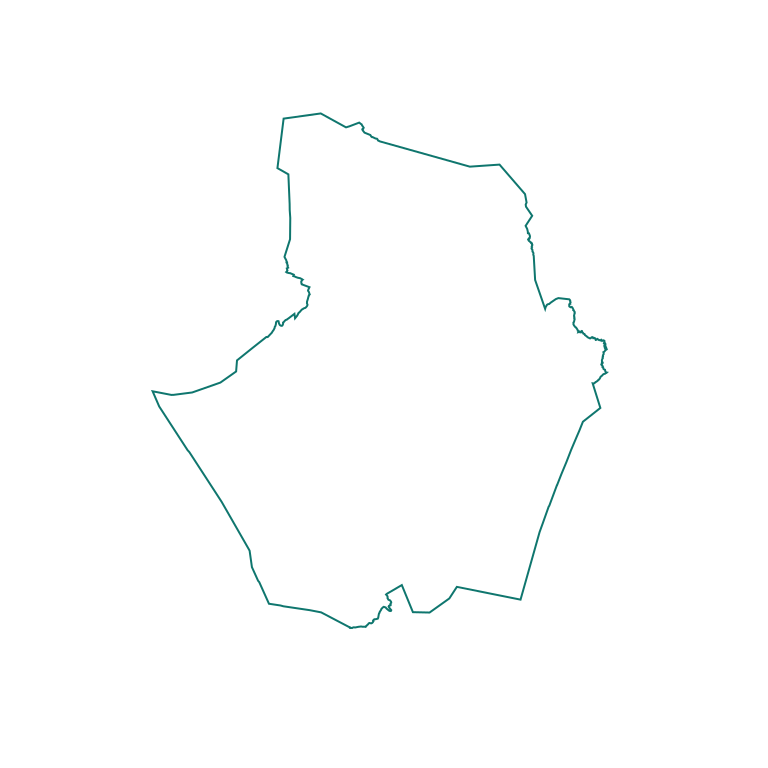 Oppdal nor, Sør-Trøndelag, Norway, rotated 36°
{"feature_id": "86288312B17793327792400", "entity_name": "Oppdal nor", "entity_type": "district", "adm_level": 2, "iso_a3": "NOR", "parent_name": "Norway", "parent_adm1": "Sør-Trøndelag", "projection": "orthographic", "projection_center": [9.674, 62.536], "detail": "fine", "context": "isolated", "style": "outline", "palette": "teal", "viewbox_px": 768, "rotation_deg": 36, "n_neighbors": 0, "source": "geoboundaries", "source_scale": "gbopen_adm2", "svg_char_len": 6105}
<svg xmlns="http://www.w3.org/2000/svg" viewBox="0 0 768 768"><g transform="rotate(36 384 384)"><path d="M621.2,478.2L596.9,412.3L594.3,403.3L589.3,386.4L589.3,385.4L583.4,364.3L583.5,364.2L580.5,352.7L577.5,340.1L574.1,327.2L571.0,313.8L569.5,307.1L567.1,297.6L573.1,276.2L552.4,260.8L553.5,260.2L554.0,258.7L554.0,258.1L554.4,257.5L555.0,255.6L555.0,254.5L555.4,253.9L555.3,252.7L555.3,252.3L555.0,251.0L555.2,249.9L555.5,249.1L555.6,247.6L556.0,246.7L556.8,245.7L557.0,244.9L557.4,244.3L557.5,243.8L556.9,244.1L555.7,243.7L554.4,242.6L553.0,242.9L552.3,242.5L551.4,241.6L550.7,241.8L550.4,241.1L550.2,240.9L548.4,240.6L548.3,240.3L548.5,240.0L548.6,239.5L548.5,238.3L548.2,238.1L547.7,238.6L547.2,237.7L546.7,237.2L546.3,236.6L545.9,235.4L545.8,234.4L545.0,233.8L545.0,233.5L545.1,233.1L545.0,232.9L544.2,232.1L544.2,230.9L543.4,229.7L542.8,229.3L543.1,228.7L543.2,228.3L543.3,227.0L543.3,226.3L543.8,225.2L543.8,224.9L543.3,224.8L543.1,225.0L542.7,225.8L542.4,225.6L542.6,224.9L542.5,224.6L542.1,224.7L541.8,225.1L541.5,225.0L541.6,224.8L542.2,224.3L542.3,224.0L542.2,223.8L541.7,223.7L541.3,224.2L541.1,224.1L540.8,223.1L540.5,223.0L540.4,223.1L540.1,223.6L539.8,223.7L539.7,223.5L539.8,223.0L540.2,222.5L539.7,221.5L539.3,221.4L538.9,221.9L538.7,222.0L538.0,221.9L537.9,221.6L538.0,221.4L538.5,221.3L538.5,221.1L538.1,220.6L537.4,220.3L537.1,219.7L536.9,219.5L536.0,219.6L535.2,220.6L535.1,220.9L533.8,220.4L533.7,220.5L533.7,220.8L534.0,221.1L534.0,221.3L533.4,221.6L532.7,221.7L532.1,222.1L530.2,222.1L530.0,222.9L529.6,223.7L529.4,223.9L528.9,223.7L528.7,223.1L528.2,222.9L526.9,223.2L526.7,223.7L526.3,224.0L525.6,223.5L525.2,223.5L524.5,224.2L524.3,225.5L523.9,226.0L523.6,226.1L521.2,226.5L520.1,226.3L517.8,226.3L516.8,225.7L515.8,226.1L515.1,225.7L514.1,225.6L513.1,224.8L512.8,224.9L512.7,225.3L513.0,226.0L513.1,226.3L512.9,226.5L512.4,226.9L511.6,226.7L510.7,227.9L510.5,227.3L510.7,227.1L510.9,226.7L509.4,227.0L508.8,226.4L507.5,225.9L506.9,225.8L506.4,225.4L505.2,225.5L503.2,224.9L502.1,224.3L501.7,223.6L501.1,222.9L501.2,222.0L500.7,221.0L500.5,220.4L500.2,220.0L500.2,219.6L500.0,219.3L499.2,219.0L499.1,218.8L499.0,218.3L498.5,218.0L498.5,217.8L498.1,217.4L497.7,217.2L497.4,216.6L497.3,216.2L497.0,215.7L496.8,215.1L496.7,215.0L496.7,214.6L496.0,214.0L496.0,213.7L494.1,212.9L493.8,213.0L493.6,212.5L492.1,211.8L491.7,211.5L490.6,211.3L490.1,212.1L489.8,212.1L489.4,212.3L488.3,212.3L487.4,211.2L487.2,210.8L487.1,210.7L487.2,210.4L487.1,210.2L487.3,209.9L487.2,209.7L487.4,209.6L487.1,209.3L487.1,209.1L487.1,208.9L487.0,208.7L486.9,208.2L486.1,207.8L485.9,207.3L485.3,207.1L484.9,206.7L484.1,206.6L474.6,212.0L473.1,214.3L471.0,220.3L470.6,222.2L469.8,223.0L469.3,224.1L469.6,226.9L470.2,228.5L445.1,211.0L429.8,192.3L428.8,191.7L428.0,190.3L426.7,189.6L426.3,189.6L425.2,188.2L423.9,187.8L423.9,187.5L423.5,187.2L423.4,186.8L423.3,186.7L423.3,186.2L422.7,186.0L422.4,185.1L422.4,184.5L422.1,184.1L421.5,184.0L421.2,183.5L421.1,183.3L420.3,183.1L420.0,183.4L419.6,183.1L419.0,183.2L418.2,183.0L417.0,183.0L416.7,182.9L416.0,182.4L415.7,182.4L415.6,182.0L415.8,181.6L415.6,181.0L415.8,180.8L416.2,180.9L416.2,180.5L415.5,179.0L414.7,178.2L412.7,176.9L411.8,177.4L410.7,176.1L408.7,174.4L405.6,172.8L405.0,160.8L394.7,157.1L393.2,155.6L392.9,154.5L392.7,153.4L386.5,147.5L348.5,138.6L325.7,157.7L238.2,190.1L236.0,190.5L234.7,189.8L234.2,189.7L232.8,190.4L229.9,190.9L229.4,191.0L229.2,191.3L228.3,191.3L226.6,190.6L220.5,192.1L217.7,191.3L216.8,190.8L216.7,190.3L217.2,189.8L216.9,188.6L214.1,187.6L213.3,187.1L212.5,187.2L210.3,187.1L204.6,195.8L202.4,198.7L173.8,202.3L146.8,228.3L170.9,272.0L183.4,270.6L201.9,293.9L205.4,298.6L210.6,304.8L222.9,322.1L228.7,339.5L229.0,339.8L232.3,341.4L233.0,342.1L233.9,342.4L233.8,343.1L234.3,343.3L234.7,343.3L235.7,344.3L236.4,344.5L236.5,345.2L236.6,345.3L238.1,346.2L237.4,347.6L239.1,348.9L239.0,349.3L239.3,350.0L239.1,350.9L239.9,350.9L242.2,350.0L242.9,349.5L246.8,348.6L247.2,350.0L248.5,349.5L249.8,349.3L251.8,348.7L254.0,347.7L256.1,347.4L256.8,347.4L256.7,347.6L256.8,348.9L256.7,349.2L256.9,349.9L258.0,351.1L258.7,351.3L258.7,351.6L258.9,351.7L266.8,349.5L267.3,352.1L267.7,353.2L269.1,353.7L271.2,355.2L271.0,355.6L271.0,355.9L271.2,356.2L271.1,356.4L271.2,356.9L271.6,357.5L271.6,358.0L272.3,359.6L273.3,362.6L274.3,364.1L275.4,364.7L275.8,365.5L275.9,366.5L275.8,367.9L275.6,368.7L275.0,369.4L274.4,370.5L274.3,371.1L273.8,372.0L273.6,373.9L273.5,375.4L273.3,375.8L273.3,376.4L273.1,376.8L273.4,378.3L273.6,379.8L273.4,383.1L270.3,379.9L268.1,387.3L267.7,388.2L267.6,389.0L266.8,390.1L266.6,391.2L266.5,392.3L266.5,392.9L266.2,393.6L267.0,394.6L267.4,396.1L267.4,396.6L267.0,397.1L266.1,397.5L265.0,397.5L263.4,396.7L261.8,395.2L261.2,395.4L260.6,396.0L260.4,396.7L260.4,397.5L261.4,399.2L262.1,401.1L262.0,401.8L262.4,402.7L262.6,403.0L263.0,405.7L262.9,406.4L263.1,408.8L263.0,409.1L262.3,414.4L261.2,415.1L256.4,432.2L251.2,451.3L257.0,460.8L250.8,479.0L233.8,503.6L220.1,516.5L218.4,517.8L201.1,525.9L215.3,534.3L264.0,553.0L266.5,553.5L322.0,574.8L372.1,597.3L373.3,597.9L384.8,609.8L397.8,617.2L399.5,617.6L420.1,629.4L430.5,624.0L433.2,623.0L456.9,610.6L467.4,605.7L498.2,601.2L499.2,600.9L499.4,601.3L499.8,601.4L500.1,601.3L500.8,600.6L501.3,600.4L501.6,600.2L502.1,599.1L502.7,598.5L503.7,598.0L506.4,595.1L507.0,594.6L507.8,593.8L508.4,593.4L509.2,593.1L511.2,591.6L511.9,591.3L511.8,590.2L512.0,590.0L512.0,589.4L512.4,587.6L512.3,586.7L512.7,585.9L514.3,585.2L514.9,584.2L515.0,583.1L514.7,582.4L514.8,581.9L514.2,581.7L514.3,580.6L514.5,580.0L515.5,579.2L516.9,577.5L516.7,576.5L515.0,573.0L514.8,572.3L514.9,571.7L514.5,570.9L514.4,568.4L514.1,567.5L514.4,565.4L514.8,564.4L516.7,563.8L518.0,564.2L521.3,564.4L522.4,564.1L523.0,563.4L522.8,562.7L520.2,562.0L518.6,561.4L518.4,560.5L518.9,559.6L519.4,559.3L519.4,559.0L519.3,558.8L519.0,558.5L518.6,558.5L518.3,557.8L518.4,556.7L517.7,556.0L516.1,555.5L514.4,555.9L512.6,555.1L512.2,554.2L511.4,553.6L509.4,553.1L509.7,551.9L516.6,536.2L541.5,551.6L555.2,542.1L562.9,519.1L562.2,505.3L621.2,478.2Z" fill="none" stroke="#0f766e" stroke-width="2"/></g></svg>